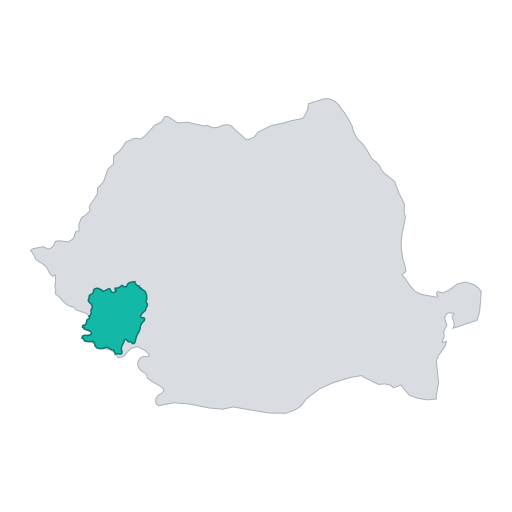 Caras-Severin on a map of Romania (orthographic projection)
{"feature_id": "ROU-278", "entity_name": "Caras-Severin", "entity_type": "County", "adm_level": 1, "iso_a3": "ROU", "parent_name": "Romania", "parent_adm1": "", "projection": "orthographic", "projection_center": [21.99, 45.13], "detail": "fine", "context": "in_parent", "style": "filled", "palette": "teal", "viewbox_px": 512, "rotation_deg": 0, "n_neighbors": 0, "source": "natural_earth", "source_scale": "10m", "svg_char_len": 6537}
<svg xmlns="http://www.w3.org/2000/svg" viewBox="0 0 512 512"><path d="M409.3,284.7L414.9,291.3L421.5,294.5L436.6,297.2L437.8,296.7L437.9,295.9L436.8,295.0L436.5,293.7L437.1,292.0L439.1,291.8L442.6,292.9L448.7,290.3L457.5,283.9L465.9,282.0L474.0,284.6L478.4,288.0L481.3,291.4L480.9,296.0L480.7,298.9L479.7,310.7L478.7,315.2L476.9,320.3L453.0,328.3L454.4,325.4L453.4,320.5L452.0,316.9L454.0,313.4L448.4,312.7L446.2,314.7L444.6,318.1L446.9,325.3L444.6,329.6L443.7,332.0L444.1,337.3L442.7,339.8L442.6,342.4L446.4,341.4L445.1,346.2L438.4,355.7L436.3,361.3L438.6,382.3L436.3,395.3L436.4,399.0L428.5,399.8L426.1,399.7L418.5,398.4L409.8,395.6L404.4,389.5L401.0,385.0L394.0,387.7L392.6,387.2L390.5,385.1L385.1,383.9L378.5,384.4L363.1,376.8L361.4,375.5L349.8,377.6L332.6,382.9L319.6,388.8L306.3,398.8L301.0,406.1L294.6,410.1L285.5,413.3L268.9,413.0L251.5,410.1L232.9,406.9L222.9,409.2L209.3,408.0L188.8,403.9L173.6,402.8L158.7,405.7L156.1,403.7L155.6,401.3L156.1,398.0L158.2,395.3L161.8,393.2L163.7,391.2L163.8,389.1L159.7,385.8L151.4,381.2L147.9,378.4L147.1,377.7L146.9,375.1L145.1,373.0L141.9,371.6L139.4,368.9L137.6,365.0L138.0,361.3L140.4,357.9L143.6,356.3L147.6,356.8L149.2,355.8L148.5,353.4L144.7,350.3L137.6,346.6L130.6,348.7L123.3,356.6L118.1,357.8L114.9,352.5L109.2,349.4L101.0,348.4L96.0,346.4L94.1,343.3L90.6,340.9L82.7,338.4L82.7,336.0L83.9,335.4L86.7,335.2L90.5,334.7L91.1,333.4L91.1,332.2L88.2,330.6L85.2,329.5L83.7,328.4L82.7,327.2L82.5,326.0L83.4,325.1L84.6,325.1L85.8,324.4L86.4,321.5L88.1,319.2L89.2,318.3L89.2,316.6L88.0,314.9L86.4,313.5L84.0,312.6L76.6,310.1L72.8,306.7L70.5,306.5L66.9,304.6L63.0,301.5L59.7,297.3L56.1,294.5L55.2,293.3L55.1,292.3L55.8,291.1L55.8,289.8L54.9,285.6L55.6,281.3L55.5,277.1L55.5,275.3L54.8,274.7L54.1,275.3L53.2,276.1L52.3,276.2L49.7,273.2L46.4,267.0L44.2,264.9L39.7,262.0L36.0,259.6L33.4,254.4L30.7,250.4L32.6,248.8L43.3,246.7L48.3,249.1L50.5,248.3L52.7,246.5L53.9,245.0L54.2,243.5L55.3,241.5L58.9,240.7L68.4,242.0L72.3,239.3L73.8,237.8L74.7,234.5L75.7,231.9L79.1,230.5L79.1,228.1L78.6,225.5L80.6,219.7L81.8,217.3L83.8,216.4L86.1,214.6L90.1,210.8L89.2,207.4L90.0,205.0L94.3,199.0L97.5,193.2L97.4,190.3L97.9,187.7L100.7,185.0L103.7,181.3L107.6,170.0L108.9,168.1L111.5,166.0L113.4,163.9L113.6,156.4L115.3,154.3L118.7,151.9L122.1,148.0L124.8,143.4L126.9,141.3L129.6,140.7L132.7,138.9L136.0,138.2L139.3,139.0L141.4,138.6L144.5,136.3L152.4,127.9L153.5,126.2L155.1,125.0L161.6,122.0L163.1,119.1L165.3,116.5L168.2,116.7L177.6,122.9L187.7,122.3L189.5,122.5L190.1,122.7L191.3,123.2L204.7,126.0L206.8,125.6L207.4,125.3L212.8,127.8L217.5,127.4L222.0,125.4L226.7,124.6L231.0,125.6L234.4,129.2L243.2,136.8L245.9,139.6L249.8,139.0L254.0,137.4L258.2,132.0L271.4,125.5L281.5,123.5L291.4,120.7L302.8,118.4L305.9,113.4L307.5,110.0L308.5,103.8L314.6,101.6L320.4,100.1L322.4,99.2L326.7,98.7L330.0,99.0L335.4,101.7L339.2,105.3L340.8,108.2L344.2,112.3L347.8,118.1L352.0,125.8L353.0,129.8L354.7,134.1L357.7,139.2L363.3,144.7L364.0,145.8L366.7,149.7L371.8,158.6L375.9,162.0L379.5,165.7L381.3,169.7L384.0,173.1L389.9,177.6L394.7,181.6L399.3,194.0L402.3,199.6L404.3,203.9L404.2,212.9L405.5,216.7L404.0,223.9L401.3,238.3L401.3,249.7L402.4,255.7L402.8,259.6L403.9,262.0L405.3,267.1L405.8,271.5L404.5,272.9L402.7,274.1L402.0,275.1L404.0,277.0L406.6,280.6L409.3,284.7Z" fill="#d9dde1" stroke="#a8b0b8" stroke-width="1"/><path d="M87.3,335.5L88.6,335.3L90.6,334.7L91.3,334.2L91.4,332.9L91.0,331.8L90.3,331.1L88.6,330.5L87.4,329.9L85.1,329.4L84.0,328.7L84.0,328.3L84.1,327.8L84.0,327.5L83.2,327.5L82.5,327.3L82.4,326.7L82.6,326.0L83.0,325.5L83.5,325.2L84.7,325.1L85.2,325.0L85.8,324.5L86.0,324.1L86.0,323.7L86.2,322.7L86.3,322.4L86.8,321.9L86.9,321.7L86.9,321.3L86.9,320.8L86.9,320.4L87.2,319.7L87.6,319.3L88.1,319.1L88.7,319.0L89.3,318.5L89.5,317.7L89.3,316.8L88.9,316.2L89.8,315.7L90.7,314.6L90.9,314.0L91.2,313.4L91.2,312.7L91.0,310.8L91.0,310.1L91.1,309.6L92.0,308.4L92.2,308.0L92.3,307.6L92.1,306.9L92.1,306.6L92.1,306.1L92.1,305.6L91.9,305.1L91.7,304.7L91.3,304.2L90.4,303.5L88.8,301.7L88.5,301.2L88.3,300.6L88.3,300.1L88.4,299.5L88.9,298.5L89.1,297.9L89.1,297.3L89.1,296.6L89.1,296.1L89.5,295.4L90.4,294.7L92.4,293.6L93.0,292.9L93.4,292.2L93.4,291.6L93.5,290.8L93.7,290.0L94.2,289.3L95.0,288.8L96.4,288.3L97.8,288.3L98.6,288.5L99.5,289.1L100.6,289.4L101.1,289.6L101.6,290.0L102.2,290.8L102.6,291.1L103.4,291.1L104.6,290.8L106.8,289.8L108.5,288.7L108.9,288.6L109.6,288.8L110.1,289.2L110.4,289.7L110.9,290.9L111.1,291.4L111.5,291.9L111.9,292.2L112.4,292.4L113.0,292.5L114.0,292.4L114.9,292.0L116.1,291.2L116.4,290.8L116.4,290.5L115.7,290.5L115.5,290.4L115.3,290.2L115.2,289.9L115.1,289.1L115.0,288.7L115.0,288.3L115.3,288.1L117.0,288.1L118.1,287.9L119.1,287.5L120.3,286.7L121.5,285.6L122.0,285.4L122.6,285.6L123.0,285.9L123.6,286.5L123.9,286.7L124.3,286.8L125.0,286.7L125.4,286.8L125.8,286.9L126.2,286.8L126.4,286.6L127.8,283.9L129.5,282.6L134.8,281.6L135.2,283.1L136.6,285.1L137.2,285.5L137.9,285.7L138.5,285.8L139.2,286.0L139.4,286.3L139.4,286.8L139.3,287.3L139.4,287.9L139.7,288.0L140.1,288.0L140.5,287.9L141.0,288.0L141.3,288.4L141.6,288.9L142.2,289.4L143.1,290.0L144.7,291.2L145.5,292.1L145.9,293.1L146.5,295.1L146.7,295.9L146.7,296.6L146.7,297.3L146.9,298.5L146.8,299.1L146.6,299.8L146.0,300.7L145.8,301.1L146.0,301.7L146.3,302.4L147.0,303.3L147.2,304.0L147.4,304.6L147.4,305.2L147.3,305.7L147.0,306.2L146.0,307.8L145.8,308.4L145.7,308.9L145.6,310.2L142.4,313.1L141.0,315.0L140.7,315.9L140.6,316.6L140.7,317.2L141.2,317.5L141.8,317.7L143.6,317.8L144.0,317.9L144.4,318.3L144.6,318.9L144.4,320.3L142.4,322.5L140.8,325.0L140.5,326.0L140.3,326.8L140.2,327.5L140.1,328.4L139.8,329.5L139.3,331.1L137.3,334.5L136.1,337.6L135.4,340.8L134.9,342.3L134.4,343.1L133.9,343.5L133.2,343.6L132.7,343.6L132.3,343.4L132.1,343.1L131.8,342.4L131.5,342.1L131.1,341.9L130.7,341.8L129.1,341.8L128.6,341.8L128.3,341.6L127.9,341.4L126.3,339.7L125.8,339.5L125.3,339.4L124.6,339.5L124.3,339.9L124.2,340.4L124.2,340.9L123.9,341.8L123.5,342.9L122.4,344.8L121.9,345.9L121.6,346.9L121.4,347.7L121.3,348.6L121.4,349.5L121.7,350.7L122.0,351.6L122.0,352.4L121.8,353.3L121.4,353.8L120.9,354.0L120.3,354.1L119.7,354.1L118.6,353.8L117.9,353.7L116.5,353.9L115.3,354.2L115.2,353.7L113.8,350.4L113.3,349.9L111.8,349.7L107.4,347.4L106.6,347.2L105.8,347.4L104.0,348.2L101.8,348.6L99.3,348.6L97.0,347.9L95.2,346.1L94.8,344.9L94.5,343.7L94.1,342.6L93.2,341.8L92.3,341.5L89.3,341.7L85.2,341.2L84.5,340.9L83.6,339.1L82.8,338.4L82.7,338.4L81.9,338.0L82.1,337.1L82.5,336.3L83.2,335.8L84.5,335.3L87.3,335.5Z" fill="#14b8a6" stroke="#0f766e" stroke-width="1.5"/></svg>